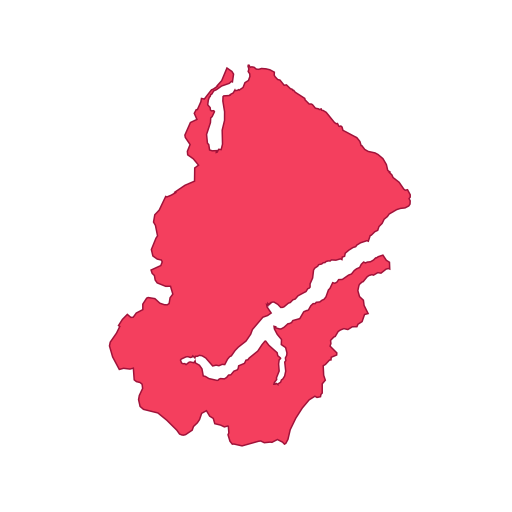 the district of Ørsta nor, Møre og Romsdal, Norway, rotated 75°
{"feature_id": "86288312B4999748251605", "entity_name": "Ørsta nor", "entity_type": "district", "adm_level": 2, "iso_a3": "NOR", "parent_name": "Norway", "parent_adm1": "Møre og Romsdal", "projection": "albers", "projection_center": [6.353, 62.207], "detail": "fine", "context": "isolated", "style": "filled", "palette": "rose", "viewbox_px": 512, "rotation_deg": 75, "n_neighbors": 0, "source": "geoboundaries", "source_scale": "gbopen_adm2", "svg_char_len": 6097}
<svg xmlns="http://www.w3.org/2000/svg" viewBox="0 0 512 512"><g transform="rotate(75 256 256)"><path d="M408.7,241.9L406.7,235.4L408.4,233.7L408.6,230.1L406.5,229.1L405.5,227.5L396.6,225.1L393.9,221.2L388.7,221.5L379.4,219.5L378.7,217.0L375.5,211.9L375.8,210.5L373.3,209.5L372.5,203.7L370.5,203.0L362.2,207.8L359.9,206.3L356.8,205.8L354.4,201.8L354.2,200.3L350.2,196.2L349.3,193.6L348.9,189.9L350.8,186.3L349.3,181.3L350.4,176.8L348.3,175.2L346.8,170.5L340.6,166.3L340.6,162.6L331.7,164.4L326.5,163.7L322.0,166.5L315.8,166.6L310.9,164.1L309.9,163.0L308.6,160.3L308.5,159.1L304.9,154.1L304.1,152.0L304.0,148.8L304.9,147.5L303.6,142.7L304.9,139.7L302.3,133.6L302.4,131.3L303.2,130.2L296.6,128.7L293.9,131.2L288.0,133.2L288.3,138.1L289.0,140.1L288.8,141.0L290.3,143.5L291.2,146.9L290.7,150.0L291.0,152.1L289.7,153.6L291.3,156.5L293.9,158.8L294.4,162.2L295.5,164.9L298.1,168.4L298.4,171.5L301.0,178.7L300.2,182.3L302.0,184.3L302.6,186.0L302.6,187.3L301.6,188.8L306.5,193.0L307.5,194.8L313.6,199.0L315.5,201.6L315.8,203.7L316.9,206.3L316.3,209.8L317.3,211.1L316.8,213.2L318.3,216.0L321.6,219.2L322.0,220.6L321.7,221.5L322.2,222.9L322.0,223.6L322.4,224.5L327.8,229.9L327.9,237.1L329.5,238.9L329.9,241.0L329.7,242.7L332.1,247.3L332.9,250.4L332.7,251.8L330.5,255.6L329.5,255.2L328.6,256.8L331.3,257.1L337.1,255.8L343.3,253.0L348.1,254.5L352.1,251.1L357.7,251.2L360.0,252.1L362.1,254.0L364.8,254.3L365.9,255.7L374.9,257.1L379.4,259.4L381.8,262.0L382.3,263.5L384.3,264.9L385.3,268.1L385.8,268.2L384.2,269.6L384.8,270.6L384.5,271.9L382.8,270.9L380.7,268.0L379.0,267.8L373.1,263.4L366.1,262.1L362.3,260.5L361.4,258.8L360.8,258.8L357.9,260.8L354.9,260.6L345.6,266.7L340.7,268.7L340.6,269.4L343.2,273.1L348.3,278.9L352.8,289.0L354.2,290.8L354.0,292.6L356.7,294.9L357.6,301.2L360.2,302.4L361.2,303.8L361.5,307.1L364.3,311.1L363.9,313.3L365.7,315.8L366.5,318.3L365.2,322.0L365.4,323.5L366.2,324.8L366.1,325.8L362.2,333.2L359.2,336.1L358.2,338.0L351.0,337.4L346.9,338.9L343.6,342.2L341.6,342.0L343.0,343.7L341.3,347.0L341.3,348.2L342.8,351.7L341.5,352.6L341.2,354.3L340.1,355.6L337.0,355.9L336.2,354.9L335.3,349.7L335.6,347.8L337.1,345.5L337.0,343.8L336.1,342.9L338.6,341.4L337.2,340.5L337.7,338.6L337.3,336.4L338.4,333.9L341.5,330.9L351.0,326.3L351.1,322.8L352.4,320.2L351.9,316.7L352.8,314.3L348.3,310.2L346.4,307.5L346.1,305.7L341.8,300.6L339.4,296.6L335.6,287.7L330.2,281.4L326.1,278.5L316.9,265.2L316.5,260.2L315.0,256.1L308.1,258.5L305.7,258.3L306.8,257.4L305.2,256.9L306.5,256.4L305.4,256.4L306.0,255.8L305.6,255.2L306.1,255.4L304.7,252.5L305.1,250.6L308.4,247.4L312.1,245.4L312.5,243.5L312.3,242.0L309.9,236.9L309.8,234.9L307.9,231.8L307.7,229.2L305.3,225.7L303.2,216.8L301.0,214.5L300.8,212.9L300.0,211.8L296.9,211.0L291.9,207.0L284.4,204.0L282.9,202.3L281.8,199.0L280.6,197.8L280.7,194.6L279.9,192.8L280.2,191.1L279.5,189.9L279.4,187.7L280.0,185.6L279.3,184.2L280.7,179.9L280.6,175.2L281.7,173.9L279.4,173.0L279.2,170.5L276.4,169.1L274.4,164.9L272.9,160.1L272.8,157.3L271.5,155.7L270.3,151.6L269.9,144.8L270.8,143.7L265.8,140.4L265.7,139.2L263.3,135.0L262.7,131.8L259.4,129.6L257.1,125.7L253.6,122.7L251.9,118.9L249.9,116.5L247.6,108.1L247.4,104.2L248.1,99.6L247.2,95.5L245.7,93.8L242.6,92.8L240.2,93.3L239.0,91.8L236.7,91.2L231.2,92.5L231.1,94.8L229.7,95.9L221.8,98.7L215.7,103.3L212.7,103.8L209.8,105.6L209.5,104.9L207.4,106.6L201.4,106.4L194.8,108.2L189.5,111.9L187.2,114.4L184.0,120.6L181.2,123.4L176.8,125.2L176.5,125.9L172.3,126.0L167.9,127.9L157.1,139.5L153.7,139.5L152.4,140.4L152.4,141.9L152.0,142.4L149.1,143.0L149.0,144.3L147.3,145.7L135.4,151.0L132.8,153.5L132.1,155.0L130.8,155.0L130.9,157.0L130.0,157.6L128.6,160.4L124.4,162.3L123.5,163.3L123.0,165.3L117.9,168.2L116.4,168.1L108.0,175.7L105.6,176.8L105.6,177.5L104.1,178.1L103.4,179.4L98.6,182.3L98.4,184.6L92.3,187.3L91.1,189.4L87.7,191.2L86.1,191.6L83.2,190.7L79.7,194.4L77.8,197.9L76.3,202.1L76.4,205.0L75.6,207.3L73.2,209.0L72.2,211.1L72.2,212.7L69.8,213.4L69.7,214.1L70.6,214.6L73.5,214.5L75.8,215.8L78.4,214.9L81.0,215.4L84.5,217.9L85.7,221.8L89.9,224.9L91.4,229.3L90.8,229.8L91.2,231.1L90.9,233.3L90.2,233.4L92.6,235.8L93.4,239.2L93.9,239.2L94.1,240.2L93.0,245.7L93.5,246.6L97.7,247.9L108.5,249.0L116.9,251.3L125.7,256.1L139.3,259.4L144.2,262.1L143.3,264.4L145.7,266.7L145.7,267.6L144.0,266.8L143.1,271.0L141.6,273.4L136.2,272.8L134.4,273.7L125.8,272.3L115.4,265.5L110.9,264.0L110.0,262.3L105.9,258.8L104.7,259.2L104.3,261.5L103.3,262.2L100.8,261.9L97.4,263.5L93.1,261.7L90.3,259.8L90.2,259.1L88.4,257.9L88.1,256.7L85.6,254.1L85.1,251.1L82.9,245.2L82.3,237.1L81.0,234.6L81.7,233.7L74.5,230.6L71.5,231.5L66.9,235.4L77.8,243.8L81.5,249.5L82.0,249.3L83.7,253.9L84.0,256.0L91.0,265.3L89.7,267.9L92.7,269.3L99.4,274.7L99.2,275.9L102.2,278.7L108.8,277.7L110.1,284.8L120.8,293.4L123.2,293.6L131.3,290.8L137.1,295.2L140.6,295.8L145.9,291.4L153.4,288.0L155.1,292.4L167.8,296.0L169.3,306.3L173.3,317.8L174.0,317.2L175.3,322.1L175.9,326.8L175.1,327.8L186.6,337.6L190.0,343.1L196.7,346.2L200.4,345.2L211.1,345.9L212.9,348.0L222.7,355.4L229.3,355.6L233.4,352.2L235.4,348.5L237.4,348.1L240.6,350.4L242.4,361.0L245.9,360.8L248.6,359.2L253.1,359.6L256.4,358.4L261.9,351.1L263.1,346.4L271.3,346.2L274.1,349.8L279.4,352.2L280.2,354.4L279.3,357.2L276.7,361.1L271.0,364.7L268.2,370.9L268.4,372.5L273.2,377.8L278.5,379.2L280.1,386.4L283.4,390.5L282.9,392.8L279.1,395.4L282.7,401.5L287.6,406.8L288.8,405.8L294.4,410.7L301.5,419.1L304.9,420.8L316.4,420.6L330.2,417.4L330.2,413.0L332.6,407.0L332.6,403.5L344.1,405.7L346.4,404.0L348.2,400.7L350.4,399.2L354.6,399.8L360.5,404.8L364.3,406.6L371.3,406.9L375.0,404.4L382.2,391.4L391.5,384.7L403.7,377.6L408.2,375.9L409.7,373.9L410.3,372.3L410.3,370.2L407.7,362.7L404.5,360.5L402.0,355.9L399.4,352.9L393.9,349.2L392.6,343.9L398.7,342.2L401.8,339.3L407.3,339.2L410.2,333.9L412.9,330.8L412.9,327.2L413.3,326.8L419.8,328.0L421.4,329.3L428.2,329.1L431.6,327.6L431.9,326.0L435.8,318.6L435.6,301.4L435.9,299.3L438.5,296.3L439.4,290.6L440.1,288.8L438.8,282.8L442.7,278.5L445.1,277.2L444.7,275.7L441.4,272.6L432.6,267.9L422.9,259.5L414.8,250.6L408.7,241.9Z" fill="#f43f5e" stroke="#9f1239" stroke-width="1.5"/></g></svg>